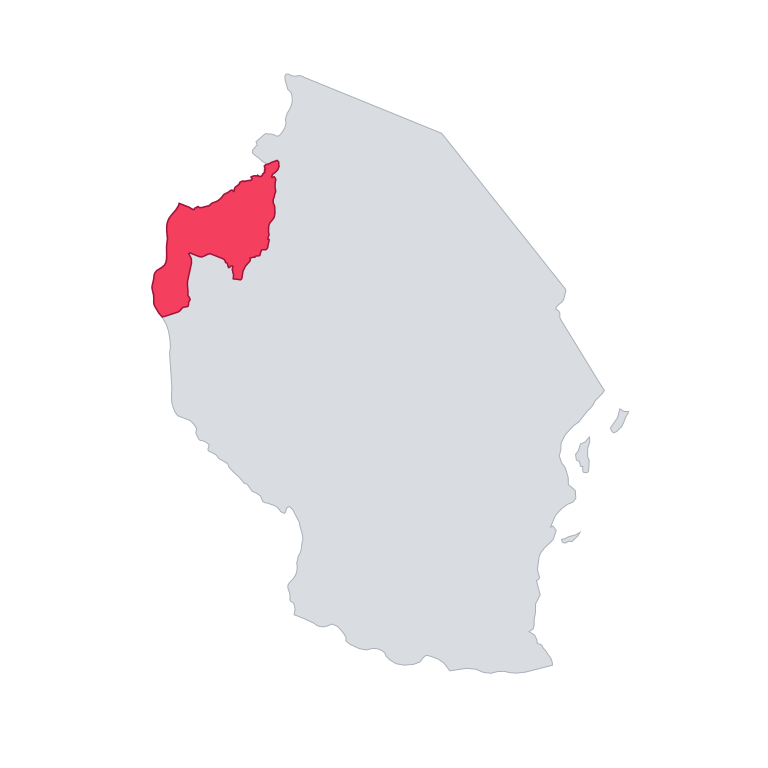 Kigoma highlighted on a map of United Republic of Tanzania, rotated 22°
{"feature_id": "TZA-3363", "entity_name": "Kigoma", "entity_type": "Region", "adm_level": 1, "iso_a3": "TZA", "parent_name": "United Republic of Tanzania", "parent_adm1": "", "projection": "albers", "projection_center": [30.566, -4.821], "detail": "fine", "context": "in_parent", "style": "filled", "palette": "rose", "viewbox_px": 768, "rotation_deg": 22, "n_neighbors": 0, "source": "natural_earth", "source_scale": "10m", "svg_char_len": 6799}
<svg xmlns="http://www.w3.org/2000/svg" viewBox="0 0 768 768"><g transform="rotate(22 384 384)"><path d="M291.9,528.5L284.3,524.5L277.3,522.0L271.6,519.3L269.1,516.6L263.7,515.6L259.1,515.1L254.8,512.6L246.0,511.7L245.1,510.1L244.9,506.4L243.4,505.4L240.2,504.5L236.8,504.5L234.7,505.1L233.4,504.8L230.6,502.6L227.9,499.9L226.9,495.5L222.9,492.7L218.2,490.5L205.3,490.7L203.3,490.0L200.3,487.8L196.7,484.1L193.8,480.0L191.3,474.3L188.6,466.6L173.8,436.1L172.3,430.3L169.4,423.9L164.7,416.0L159.7,410.2L152.9,404.9L145.1,399.6L141.0,396.1L133.0,381.7L131.3,375.0L130.1,368.0L130.6,365.2L135.6,356.2L136.1,353.6L135.4,350.2L133.0,343.1L129.9,334.4L123.5,318.5L122.6,314.5L122.7,311.5L126.4,295.4L126.3,293.2L141.2,293.5L152.1,286.4L161.5,275.9L163.4,271.5L167.3,264.7L171.0,261.4L172.5,259.0L174.7,252.3L179.6,247.7L184.5,244.2L183.5,241.7L184.2,240.8L186.8,239.0L192.0,237.4L193.0,233.9L193.0,229.9L192.1,227.6L192.3,225.1L191.5,223.6L188.1,223.3L183.2,221.3L178.9,220.4L176.1,219.3L175.1,218.4L174.6,216.0L176.9,209.8L174.6,207.3L179.8,197.1L180.8,195.9L182.6,195.7L185.6,194.6L188.4,194.1L190.7,194.5L192.3,194.1L193.8,193.0L195.1,189.5L196.1,183.7L195.5,179.0L193.4,175.4L192.8,169.8L193.8,162.4L193.1,156.2L190.7,151.2L188.2,148.3L184.5,146.9L178.6,139.4L176.8,135.7L177.1,133.4L179.2,132.4L182.9,132.8L186.4,131.9L189.7,129.8L192.9,129.2L194.6,129.6L343.7,130.0L516.9,228.2L517.7,229.4L518.9,237.8L518.6,240.6L515.9,245.4L515.1,247.9L515.0,249.7L515.7,250.4L518.0,250.6L519.9,251.8L520.6,252.7L522.0,256.3L523.9,258.2L589.3,306.6L590.8,307.3L589.8,311.3L585.9,320.9L585.7,324.9L584.2,329.7L582.7,332.8L578.8,346.4L575.5,351.4L571.0,363.3L570.3,372.5L572.6,378.9L573.4,384.9L578.4,390.8L582.4,393.0L585.1,395.7L589.9,401.9L592.6,408.1L601.3,411.2L604.7,418.2L603.3,422.9L599.2,426.8L595.4,433.1L592.2,441.4L592.0,454.2L594.0,452.3L598.6,455.5L599.1,464.9L594.2,475.9L592.7,481.0L592.4,485.4L595.7,498.5L600.8,505.3L600.4,507.4L599.0,509.1L607.8,521.0L606.9,531.3L610.1,539.3L611.5,546.3L613.6,551.6L614.0,555.3L611.2,559.3L617.7,560.4L621.5,563.8L623.2,567.0L627.9,566.9L630.4,569.1L634.1,571.0L642.1,576.4L644.3,579.1L645.5,581.7L623.0,598.2L614.9,602.5L609.2,604.4L603.0,605.4L597.1,608.0L591.6,612.1L584.5,614.1L575.9,614.0L566.8,616.8L552.5,625.3L544.3,620.4L537.8,618.8L530.4,618.9L525.8,619.4L524.2,620.4L522.7,623.4L521.5,628.2L516.5,632.8L507.9,637.2L500.0,638.8L492.8,637.6L487.9,635.6L485.4,633.0L481.6,631.8L476.6,632.0L471.9,633.8L467.3,637.2L460.0,638.6L450.0,638.1L444.7,636.4L444.0,633.5L439.6,630.0L431.7,626.1L425.8,626.0L422.0,629.7L418.5,632.0L415.4,632.9L412.6,633.0L408.5,632.0L397.5,631.5L387.1,631.6L386.0,626.2L383.9,622.9L382.0,620.9L378.4,620.4L377.4,618.9L376.2,615.5L374.5,612.6L372.1,610.2L370.7,608.0L370.3,606.0L370.7,603.7L372.9,598.2L373.6,594.4L373.4,590.5L372.2,586.5L369.8,581.8L370.0,580.4L369.2,577.2L369.1,574.9L369.6,572.1L369.2,568.3L367.1,560.4L367.1,558.4L364.9,554.5L358.0,545.4L357.6,544.2L346.8,535.0L342.4,532.9L340.8,534.6L340.2,536.2L340.7,539.2L340.4,540.6L340.0,541.3L337.4,541.2L335.7,540.8L331.6,538.3L328.4,537.7L320.4,538.1L317.6,538.7L315.4,538.1L311.2,533.9L306.2,533.0L301.8,532.8L294.5,528.0L291.9,528.5ZM602.8,377.8L606.3,388.0L605.8,389.9L603.3,391.0L601.9,391.1L600.4,389.4L599.3,386.0L597.4,386.8L594.1,382.7L590.8,382.4L588.0,377.5L589.2,373.3L588.6,366.1L592.2,362.4L594.3,356.2L596.5,360.5L596.9,367.1L599.9,375.0L602.8,377.8ZM621.1,317.8L621.3,320.2L620.6,322.5L620.6,329.7L620.3,334.4L617.5,341.0L615.2,343.3L613.3,342.6L611.7,341.5L610.4,339.7L613.2,327.6L612.0,318.7L617.0,319.6L621.1,317.8ZM611.8,463.5L609.3,464.1L608.3,463.5L606.8,461.5L609.5,459.8L612.2,456.6L618.4,451.9L621.3,448.1L620.8,451.8L617.2,459.9L614.3,460.4L611.8,463.5Z" fill="#d9dde1" stroke="#a8b0b8" stroke-width="1"/><path d="M123.5,319.3L122.6,315.6L122.5,311.6L123.4,307.6L126.2,299.7L126.7,295.7L126.5,293.8L126.4,293.2L137.4,293.1L139.8,293.6L141.7,293.8L141.9,293.8L142.5,293.4L142.6,292.9L142.6,292.3L142.8,291.6L143.1,291.3L143.9,290.9L144.2,290.5L144.3,289.8L144.3,289.6L145.1,289.1L145.6,289.2L146.1,289.4L146.9,289.6L147.3,289.4L149.8,288.2L151.5,286.6L153.2,285.7L153.6,285.3L154.7,284.7L155.3,284.0L156.5,281.1L157.0,280.4L160.2,277.7L161.6,275.9L162.7,274.0L162.9,273.7L163.6,271.9L164.4,268.5L165.0,267.5L167.5,265.0L169.3,261.8L170.5,261.1L172.6,261.8L172.8,260.9L172.6,260.2L172.4,259.5L172.2,258.7L172.2,257.8L172.2,257.7L172.5,256.9L174.5,253.8L174.8,252.9L174.9,252.1L174.8,251.1L175.0,250.5L176.3,249.6L176.4,249.4L176.6,248.8L176.7,248.7L177.5,248.6L178.6,248.6L178.7,248.1L178.8,248.0L180.0,247.7L180.3,247.6L180.7,247.2L181.3,246.5L183.6,245.5L184.8,244.3L184.9,243.0L183.4,242.2L183.1,242.0L184.0,241.0L184.9,240.1L185.9,239.5L187.2,239.0L187.8,238.9L188.3,238.7L188.6,238.2L188.7,237.7L190.0,238.3L191.3,238.2L192.4,237.4L193.1,236.1L193.1,235.8L192.9,235.0L192.9,234.6L193.6,233.7L194.0,232.5L194.0,232.0L194.0,231.4L193.8,231.0L193.2,230.6L193.0,230.2L193.1,229.9L193.3,229.3L193.3,229.0L192.8,228.4L191.6,227.3L191.4,226.6L191.7,225.8L193.2,224.1L193.3,223.9L194.6,223.2L195.5,222.2L196.4,220.9L201.1,216.7L203.1,217.5L204.2,219.6L204.2,220.3L204.6,220.9L205.0,221.1L205.2,221.4L205.3,225.0L204.0,228.4L202.2,231.2L202.1,233.8L202.5,234.3L203.1,234.3L203.8,233.5L204.7,233.0L207.1,234.8L207.7,238.2L208.9,241.5L209.7,243.2L210.8,244.7L210.8,244.8L211.6,246.4L211.5,248.2L211.7,249.7L212.1,251.3L212.2,254.6L213.4,257.5L216.0,260.1L218.9,266.4L219.7,270.3L219.4,272.6L217.9,277.0L217.7,279.3L218.1,280.8L218.3,282.3L218.9,283.0L219.0,283.8L220.0,286.3L221.6,288.8L221.6,291.0L221.9,293.1L223.3,293.0L223.8,294.2L224.3,297.7L225.1,301.3L224.4,303.5L223.9,303.9L221.3,304.9L220.4,305.5L220.2,306.4L220.7,311.3L220.3,311.9L218.1,312.9L217.3,313.5L217.1,313.8L216.9,314.5L216.7,314.9L216.4,315.1L215.3,315.4L212.9,317.2L212.6,317.4L212.9,318.2L213.5,318.9L213.7,320.2L211.4,326.6L211.0,332.1L212.7,339.6L211.9,341.2L208.4,342.0L204.8,343.0L203.6,339.1L203.2,338.5L202.4,337.7L202.2,337.4L201.6,336.2L201.3,335.8L200.9,335.5L200.6,335.1L200.3,334.6L200.1,332.5L199.8,331.7L199.0,331.3L198.2,331.7L197.2,333.6L196.5,334.3L195.4,333.5L194.1,331.5L192.9,330.7L192.6,330.6L191.9,330.7L191.6,330.7L191.2,330.4L190.6,329.3L189.1,328.4L186.9,328.2L173.9,328.3L172.3,329.5L169.2,332.9L167.4,334.5L165.1,335.1L154.9,335.2L154.1,336.3L158.4,339.9L160.2,344.0L163.3,362.1L164.7,366.0L167.5,371.3L169.0,375.4L171.2,376.7L172.7,378.4L172.2,381.4L173.0,383.3L173.2,385.5L168.7,388.5L167.3,392.7L166.1,394.4L154.9,403.8L153.2,404.9L148.7,402.6L142.3,397.8L140.8,396.2L139.8,394.4L137.4,388.0L134.2,383.9L132.8,381.6L132.2,379.8L131.4,374.1L130.0,368.8L129.9,366.9L130.8,363.9L134.4,359.1L135.9,356.4L136.3,352.8L135.4,348.8L130.8,337.9L128.9,330.3L125.2,323.5L123.6,319.6L123.5,319.3Z" fill="#f43f5e" stroke="#9f1239" stroke-width="1.5"/></g></svg>